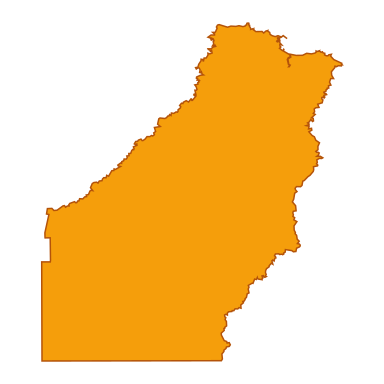 Burnie, Tasmania, Australia
{"feature_id": "25037944B77423054355343", "entity_name": "Burnie", "entity_type": "district", "adm_level": 2, "iso_a3": "AUS", "parent_name": "Australia", "parent_adm1": "Tasmania", "projection": "robinson", "projection_center": [145.868, -41.196], "detail": "fine", "context": "isolated", "style": "filled", "palette": "amber", "viewbox_px": 384, "rotation_deg": 0, "n_neighbors": 0, "source": "geoboundaries", "source_scale": "gbopen_adm2", "svg_char_len": 5868}
<svg xmlns="http://www.w3.org/2000/svg" viewBox="0 0 384 384"><path d="M213.7,44.0L212.6,45.7L215.0,45.1L215.7,46.4L213.1,47.0L211.1,48.8L208.0,48.8L208.4,49.6L209.6,49.7L210.4,51.4L211.6,50.5L212.1,53.0L209.8,53.9L207.9,53.2L208.0,55.0L206.2,58.0L204.1,58.0L203.5,60.9L203.0,60.8L202.9,59.5L201.1,59.2L201.0,60.8L198.7,64.3L197.9,67.2L195.6,67.6L196.3,69.0L198.1,67.8L199.2,68.1L200.1,69.8L199.6,72.5L200.7,72.8L201.4,71.8L202.1,74.1L203.4,74.9L200.3,75.3L196.6,77.0L196.4,78.2L197.6,78.6L197.1,80.1L199.1,80.1L199.5,80.6L198.6,81.0L198.8,82.1L197.8,82.7L197.9,84.2L194.8,84.9L196.2,86.8L197.0,89.5L196.4,90.2L194.9,90.2L195.8,94.1L194.2,94.1L193.8,94.9L194.4,95.6L195.9,95.5L195.9,96.1L192.4,100.4L191.8,100.4L191.5,99.0L191.0,98.9L188.6,102.0L186.2,100.7L183.4,102.2L182.9,103.5L181.5,103.2L179.6,105.5L180.7,106.6L180.3,108.0L178.1,109.7L178.0,111.5L177.4,112.2L176.1,111.9L173.8,113.4L171.4,113.0L171.0,115.5L169.6,114.6L169.0,115.9L167.7,116.1L166.6,117.6L164.9,118.5L160.0,118.0L158.8,118.8L157.6,124.2L160.3,126.5L154.4,127.5L155.6,131.5L153.7,132.9L154.4,134.7L152.7,136.0L151.5,135.5L149.9,136.6L147.0,136.6L145.2,139.0L142.9,140.6L142.1,140.6L141.0,139.1L138.4,140.1L137.6,141.3L135.7,141.5L134.3,143.9L135.7,144.6L136.8,144.0L137.0,145.3L133.4,146.8L134.1,148.7L133.7,149.7L132.8,149.4L131.7,150.6L130.7,153.4L128.8,153.5L129.0,155.7L126.8,156.0L127.3,157.6L126.2,159.1L124.1,159.0L123.7,160.7L121.8,161.6L121.6,163.3L120.8,162.9L117.8,165.1L118.2,165.9L120.5,166.5L115.5,169.4L114.1,168.9L113.9,170.5L111.8,170.7L108.6,176.2L106.7,175.3L106.1,177.7L103.7,177.7L102.5,179.0L102.0,180.7L99.3,181.0L98.0,183.1L96.7,182.2L94.0,182.5L92.3,183.5L90.5,187.7L92.7,190.6L91.0,190.3L89.9,191.1L88.5,194.5L86.2,195.0L86.6,196.6L84.7,196.9L82.8,198.9L79.6,198.7L78.9,200.9L77.7,201.0L76.8,202.6L75.8,202.8L74.5,201.7L69.8,203.4L68.8,204.8L69.1,205.9L67.4,206.0L65.5,207.2L64.5,205.6L63.0,205.9L57.1,210.2L53.9,210.5L51.9,208.4L47.4,208.6L46.5,214.0L48.9,214.5L44.9,232.8L45.0,237.2L45.1,237.9L50.2,237.8L50.5,260.3L50.3,261.9L41.7,261.9L42.0,361.0L221.4,360.7L222.4,359.0L221.9,354.0L223.9,351.5L223.9,350.2L226.0,348.5L226.4,347.0L229.3,346.4L230.3,344.8L229.2,342.6L227.1,343.0L226.7,341.5L224.2,340.6L221.4,335.1L221.2,333.2L224.2,330.4L223.9,328.5L224.8,328.2L224.8,327.3L226.6,325.9L226.4,321.4L225.1,319.6L225.8,317.6L224.8,316.8L224.6,314.9L225.9,314.3L227.4,315.0L227.4,313.0L228.5,311.8L231.9,311.5L232.2,310.6L233.8,310.7L235.1,308.8L237.8,308.9L239.0,307.6L241.0,308.2L240.8,305.0L243.4,302.8L242.8,301.5L243.8,301.4L245.1,299.6L245.1,298.6L246.4,297.5L247.2,293.8L249.0,292.9L248.2,289.0L249.0,287.2L248.3,285.4L252.2,283.2L253.0,283.4L254.6,279.1L256.4,279.5L257.3,277.5L257.6,278.6L258.4,279.1L262.1,279.7L262.0,278.8L262.7,278.3L262.0,275.9L263.3,275.6L263.7,276.9L264.9,277.3L266.4,276.5L265.4,275.9L266.2,274.4L265.5,272.9L265.6,270.7L266.5,268.7L269.1,266.8L269.2,265.7L271.3,263.3L272.8,264.2L271.9,260.8L272.8,260.0L274.1,261.0L274.8,258.3L275.9,257.9L275.5,256.6L274.5,255.8L275.4,254.0L278.8,253.8L279.5,254.5L282.0,254.2L282.7,254.7L283.8,254.0L283.7,253.0L285.2,252.1L285.4,249.6L291.8,250.6L293.4,251.8L295.9,251.5L296.6,248.2L299.5,246.9L300.2,245.9L300.1,244.9L299.3,244.0L297.4,243.6L299.2,241.2L297.2,239.2L296.6,235.3L295.1,233.7L295.4,232.5L294.2,230.2L294.0,225.9L296.9,221.6L293.8,219.8L294.7,217.7L292.9,216.4L293.4,214.8L292.8,212.9L293.3,211.3L296.1,210.8L295.6,205.7L292.4,201.9L293.7,199.2L294.7,193.2L297.0,191.6L295.5,189.8L295.1,188.3L296.5,186.6L300.6,186.7L302.0,185.4L302.8,181.1L304.3,180.5L307.9,176.7L310.0,175.3L313.2,171.5L313.7,169.8L313.5,166.7L317.5,165.9L317.8,165.1L316.5,163.7L317.3,162.4L316.8,159.9L319.3,158.4L321.7,158.5L322.8,157.8L320.3,156.3L316.9,156.3L318.4,155.1L319.2,153.0L318.2,152.3L316.7,152.3L315.8,151.4L318.0,149.7L317.9,146.4L319.5,142.8L315.8,140.2L314.4,136.8L312.1,135.5L308.9,131.8L311.8,130.2L311.5,128.3L308.5,128.9L309.1,126.1L306.4,125.6L309.0,124.6L309.1,124.0L307.6,122.9L309.2,122.0L310.8,119.5L312.5,121.5L313.5,120.9L313.2,118.4L311.6,117.7L315.2,114.4L313.3,113.4L314.6,111.8L314.2,109.0L315.7,107.8L319.0,107.4L317.7,104.2L322.2,102.8L322.9,99.9L321.8,98.9L321.8,97.5L323.3,97.1L324.1,98.0L324.8,97.1L323.8,96.3L323.9,95.4L326.6,94.6L325.9,93.6L324.4,93.4L323.8,92.2L325.9,91.3L326.2,89.6L327.0,89.4L327.2,88.2L328.7,88.1L328.5,85.7L330.9,85.1L329.5,82.1L330.7,78.6L333.6,78.6L331.7,75.3L331.4,71.8L334.8,67.6L335.1,66.6L334.4,65.9L336.5,66.7L338.3,65.7L341.4,65.9L341.6,65.0L342.3,64.9L341.5,64.1L341.8,63.3L333.8,59.6L330.6,56.1L331.4,54.3L328.8,54.8L327.9,55.8L326.4,55.8L324.0,54.6L324.7,54.7L324.8,53.3L323.1,52.9L322.4,51.8L321.1,52.3L320.1,51.4L318.6,51.3L318.9,50.9L317.0,51.5L316.1,51.0L316.0,52.3L314.9,53.1L311.4,53.9L306.7,53.3L302.6,55.3L296.2,55.4L290.2,54.2L290.8,57.1L287.9,58.9L288.8,64.4L290.2,65.1L289.2,66.7L288.7,66.7L290.0,65.1L288.5,64.5L287.3,59.5L288.2,57.8L290.2,56.8L290.2,55.8L289.6,54.6L283.3,51.0L283.9,49.6L283.7,49.3L283.0,50.5L282.3,50.5L279.5,48.3L280.8,47.0L279.9,46.0L279.8,44.5L280.5,44.1L280.9,44.7L281.7,44.9L279.8,42.8L279.7,41.3L277.3,41.9L276.7,41.2L277.4,40.4L279.8,40.4L279.6,39.7L277.7,39.0L279.7,39.4L277.6,38.5L277.5,38.1L278.2,38.0L277.4,37.3L279.7,38.3L280.3,37.0L281.2,37.3L283.2,35.7L287.1,38.6L283.2,35.6L281.4,37.0L278.0,35.7L275.2,36.6L272.2,35.7L270.1,34.4L269.7,32.4L267.6,31.1L267.8,30.5L265.8,31.1L263.7,33.0L262.1,31.5L255.8,31.6L254.0,30.1L253.8,28.9L253.3,29.6L252.7,28.8L250.7,29.4L250.8,28.7L249.3,25.9L249.6,25.3L248.7,24.7L248.9,23.3L248.1,23.0L246.9,23.3L246.6,24.9L245.4,25.3L245.1,26.1L242.9,26.6L239.0,25.7L235.9,26.4L230.9,26.1L227.6,27.2L219.1,24.6L217.5,25.1L216.4,27.0L217.1,28.2L215.6,31.6L215.1,32.3L212.7,32.4L214.5,34.0L214.5,35.0L211.1,35.0L208.0,37.2L210.5,38.1L211.3,40.1L212.2,39.8L211.7,38.2L213.3,38.9L214.0,40.8L213.2,41.6L213.7,44.0Z" fill="#f59e0b" stroke="#b45309" stroke-width="1.5"/></svg>